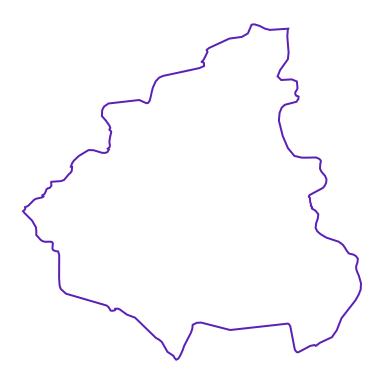 the border of Kainuu
{"feature_id": "FIN-3179", "entity_name": "Kainuu", "entity_type": "Province", "adm_level": 1, "iso_a3": "FIN", "parent_name": "Finland", "parent_adm1": "", "projection": "albers", "projection_center": [28.501, 64.601], "detail": "fine", "context": "isolated", "style": "outline", "palette": "violet", "viewbox_px": 384, "rotation_deg": 0, "n_neighbors": 0, "source": "natural_earth", "source_scale": "10m", "svg_char_len": 3051}
<svg xmlns="http://www.w3.org/2000/svg" viewBox="0 0 384 384"><path d="M288.2,28.7L287.8,29.7L287.3,36.5L288.6,52.6L287.9,59.2L280.1,70.1L277.6,76.4L281.2,80.0L291.8,79.4L296.9,81.5L297.5,88.4L296.8,89.9L296.0,91.1L295.3,92.4L295.3,94.2L296.3,95.8L297.6,96.1L298.6,96.6L298.3,99.1L296.4,101.8L284.8,104.8L281.7,107.7L279.6,112.8L278.9,120.6L282.7,135.9L287.9,148.1L294.4,155.9L302.0,157.7L316.3,157.5L319.4,159.0L320.7,160.4L320.9,161.5L320.5,162.8L320.2,164.6L320.1,167.0L320.0,168.1L320.2,169.1L321.1,171.1L322.0,172.4L325.1,175.9L326.5,179.4L326.1,182.9L324.6,186.0L322.8,188.0L309.7,195.0L309.1,195.7L308.8,196.8L309.2,197.3L309.7,197.6L309.9,197.9L310.1,201.0L310.4,202.7L311.0,204.4L310.9,204.9L310.9,205.4L310.9,205.9L311.1,206.4L311.9,206.8L312.1,207.3L311.9,208.5L315.5,210.7L318.3,214.2L317.8,218.5L316.2,223.1L315.6,227.9L317.3,231.3L320.6,234.2L326.3,237.6L338.7,241.7L342.7,244.6L345.0,247.8L346.9,251.0L348.9,253.5L353.5,254.6L356.1,256.2L357.9,258.9L357.4,262.7L356.1,266.3L356.3,269.3L357.3,272.2L358.8,275.6L361.0,283.3L360.7,289.4L358.6,294.8L355.4,300.4L341.5,318.2L336.8,330.2L331.9,337.2L319.9,342.8L315.8,345.9L315.7,345.9L314.5,345.0L310.3,345.9L298.6,352.1L297.3,352.3L296.6,352.0L295.3,350.4L294.7,349.1L290.3,326.3L289.1,324.3L287.9,323.6L230.2,330.0L201.2,322.6L196.9,322.8L192.7,324.8L192.6,325.5L192.4,328.1L191.9,330.1L190.7,333.2L184.0,346.2L182.9,349.6L181.4,353.1L179.8,356.3L178.3,358.6L176.2,359.7L174.8,358.2L173.4,355.8L167.4,351.8L161.9,342.0L159.0,339.6L156.0,338.0L135.1,317.7L126.9,314.6L119.7,309.4L117.5,308.6L115.3,308.8L115.6,309.4L114.8,310.3L112.6,310.8L111.3,310.7L110.6,310.5L108.6,307.2L106.8,305.6L66.0,293.7L60.7,288.9L59.6,285.5L59.1,277.9L59.2,255.1L58.2,251.5L55.3,251.0L53.6,250.3L52.9,249.8L52.4,248.3L52.9,243.4L52.0,242.0L50.8,241.7L45.4,241.8L42.6,241.2L40.6,239.8L37.2,236.0L36.3,235.1L36.3,231.1L35.9,227.2L32.0,220.5L24.7,213.2L23.0,211.2L24.7,209.7L25.2,208.8L25.4,207.5L25.1,207.5L25.0,207.2L27.5,206.2L28.6,205.4L34.1,199.8L36.2,198.7L42.2,197.4L43.4,196.6L43.2,196.4L42.5,196.2L42.3,195.3L43.3,194.7L44.3,194.3L45.5,192.1L46.4,189.5L47.6,188.4L49.4,188.0L50.1,187.5L51.3,185.9L51.4,184.7L51.1,183.2L51.3,181.8L60.9,181.1L64.0,180.0L68.9,174.2L70.2,173.1L71.6,171.4L71.8,170.1L72.1,167.8L72.1,166.9L71.0,166.9L70.8,166.8L72.1,163.3L73.8,160.7L78.9,155.9L88.5,150.1L93.5,150.2L102.4,152.9L105.3,152.9L107.4,152.1L108.9,149.4L107.8,148.7L109.6,147.1L109.9,145.2L109.5,143.2L109.4,141.4L110.0,137.4L110.6,134.7L111.0,133.2L111.2,131.5L109.9,130.2L109.6,130.0L109.4,129.5L110.3,127.9L109.4,125.6L105.8,120.5L101.9,116.1L102.2,110.1L104.1,106.5L108.5,103.5L139.2,100.0L146.4,103.2L148.3,102.8L149.8,100.3L150.8,96.4L151.7,92.1L152.8,87.8L155.7,81.3L159.2,77.6L163.1,75.9L199.4,68.1L204.1,66.0L203.9,62.9L203.5,62.4L201.0,61.9L201.7,61.7L202.8,60.9L204.5,58.1L206.8,53.4L207.5,51.8L207.2,51.4L206.9,50.4L206.7,49.9L209.2,47.9L229.3,38.6L241.9,36.9L247.9,33.4L251.6,24.7L254.3,24.3L259.6,25.9L264.8,28.6L269.9,29.9L288.1,28.7L288.2,28.7Z" fill="none" stroke="#5b21b6" stroke-width="2"/></svg>